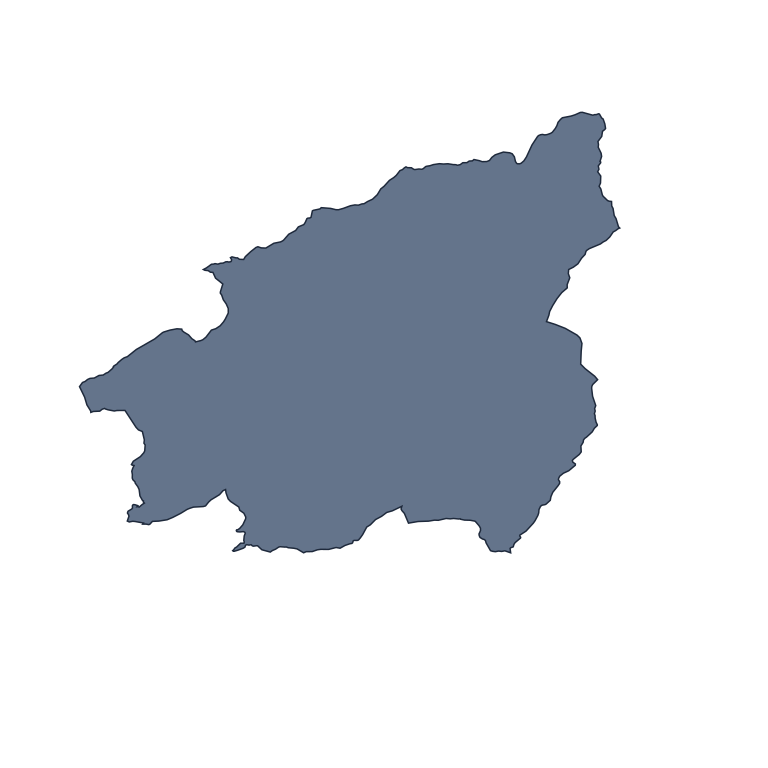 outline of Chilla, El Oro, Ecuador, rotated 252°
{"feature_id": "8360857B68230797378495", "entity_name": "Chilla", "entity_type": "district", "adm_level": 2, "iso_a3": "ECU", "parent_name": "Ecuador", "parent_adm1": "El Oro", "projection": "equal_earth", "projection_center": [-79.628, -3.439], "detail": "fine", "context": "isolated", "style": "filled", "palette": "slate", "viewbox_px": 768, "rotation_deg": 252, "n_neighbors": 0, "source": "geoboundaries", "source_scale": "gbopen_adm2", "svg_char_len": 6162}
<svg xmlns="http://www.w3.org/2000/svg" viewBox="0 0 768 768"><g transform="rotate(252 384 384)"><path d="M459.5,656.4L461.0,655.6L469.6,655.8L473.1,655.0L480.2,656.1L482.9,655.6L487.3,656.8L488.3,654.6L489.4,653.3L494.9,650.4L496.4,650.1L502.4,650.5L505.6,649.7L508.2,652.0L514.8,654.4L519.8,652.8L521.8,654.8L525.2,655.2L527.4,658.4L528.2,658.7L528.9,658.2L533.2,661.3L536.4,661.8L543.0,660.9L545.5,662.0L548.5,662.4L552.2,667.6L556.8,669.9L557.8,672.6L558.6,673.7L563.1,674.4L568.3,674.3L569.8,673.2L574.2,672.3L574.7,671.5L574.6,669.1L575.1,667.5L575.1,665.7L581.1,656.6L581.6,654.6L581.0,648.9L581.0,644.8L582.1,635.9L581.1,633.6L579.1,630.4L576.3,628.3L574.1,625.9L571.4,621.9L570.9,619.9L570.8,616.2L571.2,613.9L572.4,611.8L572.7,609.9L572.5,607.6L571.7,606.2L565.6,598.6L555.9,589.6L553.0,586.0L551.6,582.7L551.5,581.0L552.3,578.8L553.0,578.3L555.0,577.8L559.8,578.2L563.3,577.1L565.0,575.1L567.7,569.2L567.6,560.6L566.2,556.6L564.0,553.4L563.8,550.5L565.1,546.1L567.0,543.6L569.7,538.9L568.9,537.0L569.7,533.9L568.9,531.3L570.1,527.3L569.1,524.3L569.2,522.8L569.4,521.3L570.4,520.1L571.2,517.8L573.7,512.9L574.8,508.6L576.4,504.8L577.4,498.8L577.4,495.1L577.9,491.9L577.9,490.8L576.7,487.9L576.5,486.4L577.7,483.6L578.4,479.6L579.0,478.6L581.2,476.9L582.5,473.2L583.7,472.0L583.3,470.2L582.2,467.8L582.0,465.1L578.6,460.1L577.3,457.0L576.0,452.1L572.0,445.1L570.6,441.3L566.1,436.1L563.3,430.2L562.6,424.7L561.6,420.7L562.1,418.6L562.0,414.9L563.3,411.7L563.9,407.2L563.6,399.6L563.8,394.6L564.6,392.2L567.5,387.5L571.1,378.8L570.3,377.2L571.0,370.5L570.8,369.4L565.1,366.1L564.8,364.6L565.3,363.0L565.1,361.8L561.9,358.9L560.4,357.0L559.9,351.1L557.3,347.4L555.9,339.7L551.8,332.9L551.4,331.6L551.1,329.5L551.9,322.7L549.8,313.6L551.4,309.3L553.5,306.5L553.4,304.4L551.1,298.2L548.0,291.5L545.8,289.0L547.3,285.0L549.2,283.7L549.7,282.2L551.9,278.7L551.6,277.0L549.5,277.5L548.2,276.9L547.7,276.2L547.9,274.1L548.7,272.9L549.1,271.2L548.7,268.4L549.4,265.6L549.3,263.1L550.7,260.5L550.7,259.0L551.2,256.9L549.3,251.0L548.7,247.6L547.5,248.8L546.1,251.9L544.0,253.4L543.0,255.8L536.7,256.5L528.9,261.6L522.1,256.8L521.0,256.4L518.8,257.1L513.8,257.2L508.9,258.7L503.9,259.2L499.6,257.8L494.8,253.1L492.7,250.6L490.0,246.2L488.6,241.1L488.6,236.5L483.6,229.2L482.1,225.4L481.9,223.2L482.3,217.7L483.5,217.6L486.4,215.3L491.1,213.3L495.1,209.8L497.0,208.6L498.7,208.6L500.5,204.1L501.4,197.2L501.5,190.6L501.3,189.2L497.7,179.8L493.4,159.2L489.3,148.3L489.2,145.0L488.4,142.2L486.6,137.9L485.5,136.1L484.6,132.6L484.1,131.9L483.7,132.0L482.4,130.0L480.3,125.1L480.2,122.9L479.3,119.7L480.2,115.6L479.2,110.3L480.2,106.1L479.9,103.4L478.8,100.6L478.6,97.7L475.6,93.6L464.0,95.2L455.9,95.0L449.0,96.7L447.6,96.4L447.7,99.1L446.0,105.3L447.1,108.2L447.1,110.8L446.4,111.2L444.7,113.6L441.7,119.1L441.3,121.9L438.9,129.5L419.4,134.8L416.2,136.3L413.5,139.5L404.9,138.8L401.9,137.4L399.8,138.0L394.4,135.8L392.9,134.4L390.2,129.8L388.0,121.7L385.4,118.9L384.7,119.4L383.7,121.1L381.4,118.9L379.0,117.2L375.7,116.7L372.3,115.5L370.5,115.6L368.0,116.9L366.5,116.8L362.5,118.1L359.3,118.5L353.0,117.3L348.0,118.3L347.1,119.1L346.3,118.6L344.8,119.3L344.2,117.0L342.6,113.1L343.4,112.2L343.6,111.2L344.4,112.3L346.1,109.9L346.7,108.7L346.7,108.0L346.0,107.1L343.7,106.4L343.1,105.5L342.1,101.3L341.1,100.4L340.1,100.1L339.1,100.6L337.1,100.6L333.0,97.5L331.5,99.1L331.1,102.6L330.1,104.9L326.1,112.3L325.3,111.2L324.3,114.4L322.9,116.9L323.1,118.2L324.9,121.3L323.2,127.5L321.9,135.8L322.4,141.8L323.8,150.6L325.6,158.1L325.8,161.0L325.8,164.7L323.3,174.2L323.2,176.6L325.9,180.7L327.3,183.7L329.6,193.4L332.3,198.0L332.6,200.7L329.3,200.1L322.8,200.3L319.8,201.7L311.9,207.9L308.5,207.8L304.4,210.8L300.2,211.4L298.6,210.8L293.7,206.2L291.2,202.0L290.6,199.8L290.8,198.7L290.1,198.2L289.2,198.4L288.7,199.1L287.8,201.3L287.1,204.6L286.2,205.7L285.6,205.9L284.9,205.9L282.7,204.1L278.5,202.3L276.9,202.3L275.9,201.6L276.9,198.4L274.5,193.5L274.1,191.5L272.7,189.7L272.3,188.6L271.5,189.0L271.2,189.9L271.1,193.4L271.3,199.3L271.8,201.3L273.4,202.5L273.6,203.8L272.5,205.8L272.2,208.0L270.7,208.8L270.1,209.8L269.6,212.8L269.2,213.8L264.1,216.6L259.3,223.9L260.1,226.4L260.4,229.8L261.4,233.3L261.4,234.8L259.5,239.4L259.2,240.7L257.9,242.3L255.7,247.4L254.0,250.4L248.3,255.4L248.6,258.2L246.8,263.9L246.9,269.4L246.3,272.8L243.8,280.2L243.3,287.9L241.4,291.5L242.5,297.0L242.6,302.1L242.3,304.2L242.7,305.1L244.3,306.2L244.5,307.2L243.5,310.2L243.5,311.5L245.0,314.0L247.4,317.2L253.3,323.4L254.3,327.5L257.7,334.1L258.9,340.8L261.0,346.9L260.8,352.7L262.2,363.2L259.9,361.6L258.1,361.9L254.6,363.4L244.1,364.3L242.7,373.9L239.8,384.0L238.9,390.0L237.6,393.5L236.9,401.5L235.3,405.3L234.6,408.6L232.5,413.4L232.3,414.8L231.8,414.9L229.7,418.5L227.8,423.8L225.7,427.7L225.1,428.4L219.9,430.6L217.1,431.2L214.8,430.5L212.0,428.0L210.3,427.7L208.4,427.9L206.2,429.7L205.1,431.3L203.8,432.1L201.3,432.0L192.6,433.8L191.4,435.4L190.1,438.1L189.7,441.4L188.4,444.1L188.0,447.4L184.3,452.3L188.7,453.1L189.1,453.9L189.2,456.6L191.3,458.0L192.6,459.6L195.3,466.2L196.0,466.6L197.6,466.1L198.3,466.5L200.2,473.6L205.5,483.0L207.3,485.4L211.4,489.7L213.6,491.3L216.7,492.6L219.3,495.1L219.9,496.9L219.5,499.9L219.7,501.1L222.0,506.2L225.2,507.9L228.8,511.0L233.4,518.0L235.2,520.3L236.8,520.9L239.1,520.3L240.4,521.0L242.0,522.6L243.7,527.0L244.4,532.9L247.6,540.8L248.8,541.3L251.4,539.4L253.1,539.5L253.9,540.8L256.7,548.0L258.5,550.6L264.2,552.1L266.9,555.3L269.2,556.5L270.3,558.2L270.9,560.2L274.1,567.2L276.9,570.4L278.6,574.0L279.4,574.3L282.1,573.9L286.4,574.3L288.8,575.0L290.7,574.9L293.0,576.5L295.5,576.7L298.0,578.7L307.9,578.6L315.9,580.2L317.5,580.9L319.0,582.3L322.1,588.5L326.3,586.8L336.5,580.0L342.1,577.2L354.3,581.7L361.4,584.8L367.3,584.6L370.9,582.7L380.9,573.6L387.8,565.2L393.1,557.8L398.5,562.1L401.7,563.9L406.4,568.6L411.8,575.0L416.0,581.3L418.8,588.0L421.9,588.9L427.6,593.5L432.0,593.4L435.8,595.0L436.6,600.2L438.4,605.6L442.6,610.8L445.1,615.3L447.8,617.1L448.5,618.3L449.3,621.1L450.3,633.1L451.4,636.5L451.9,639.6L454.1,644.2L457.8,649.0L458.3,651.7L459.4,654.9L459.5,656.4Z" fill="#64748b" stroke="#1e293b" stroke-width="1.5"/></g></svg>